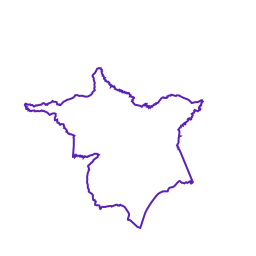 Cha-Uat, Nakhon Si Thammarat, Thailand (Equal Earth projection), rotated 50°
{"feature_id": "78962969B24594080556588", "entity_name": "Cha-Uat", "entity_type": "district", "adm_level": 2, "iso_a3": "THA", "parent_name": "Thailand", "parent_adm1": "Nakhon Si Thammarat", "projection": "equal_earth", "projection_center": [99.929, 7.982], "detail": "fine", "context": "isolated", "style": "outline", "palette": "violet", "viewbox_px": 256, "rotation_deg": 50, "n_neighbors": 0, "source": "geoboundaries", "source_scale": "gbopen_adm2", "svg_char_len": 5845}
<svg xmlns="http://www.w3.org/2000/svg" viewBox="0 0 256 256"><g transform="rotate(50 128 128)"><path d="M164.5,91.4L162.8,90.4L161.7,90.6L161.1,88.3L161.4,87.3L161.0,87.1L160.9,86.5L160.3,85.8L160.9,84.8L161.5,84.5L160.7,83.8L160.5,82.9L162.0,81.8L161.8,81.5L160.8,81.7L160.5,81.4L161.0,79.2L161.0,78.2L160.6,76.4L159.8,76.6L159.6,75.8L159.9,74.9L161.3,74.9L161.9,74.5L161.9,74.0L160.9,73.6L161.0,72.8L160.8,72.1L160.3,71.7L160.1,70.4L159.5,70.0L158.2,70.1L158.3,68.6L158.7,67.8L158.3,67.3L158.3,66.6L157.6,66.0L157.3,66.1L157.1,65.3L160.0,63.8L159.9,62.7L160.4,61.7L160.3,60.8L160.0,60.3L159.6,60.2L158.7,61.0L158.1,60.8L157.7,60.0L157.7,59.0L157.3,58.5L157.7,57.4L156.9,57.0L156.5,56.0L155.9,55.6L155.8,53.8L155.2,54.0L155.1,53.6L154.4,53.4L154.1,53.7L154.1,54.5L153.7,54.6L153.1,57.9L151.4,59.9L149.9,63.1L146.4,63.3L144.6,63.8L140.8,66.0L136.6,67.8L136.2,67.7L134.4,69.5L134.4,70.3L133.8,71.1L130.3,73.4L130.6,74.6L130.0,75.0L129.2,76.4L129.5,77.3L129.3,77.6L129.7,77.7L129.9,78.2L129.8,79.1L129.4,79.7L128.6,80.1L128.2,81.0L127.6,81.0L127.0,81.6L126.8,82.3L126.7,83.6L128.0,89.0L127.1,90.6L127.7,91.2L127.6,91.8L126.8,92.3L126.8,93.0L127.1,93.4L126.7,94.8L126.9,94.7L126.8,95.6L127.2,95.8L126.4,97.6L126.6,98.0L126.2,98.0L126.1,98.5L125.9,98.2L125.3,98.5L125.3,98.1L125.0,98.1L125.0,98.5L124.7,97.9L124.4,98.3L124.6,98.5L124.2,98.8L124.2,99.7L123.7,99.7L123.6,99.1L123.5,99.4L123.3,99.1L122.8,99.4L122.3,99.1L122.1,99.6L122.2,99.3L122.0,99.0L121.9,99.5L121.7,99.5L121.2,98.5L120.8,98.9L120.9,99.6L121.2,100.0L120.7,100.2L120.9,100.5L120.5,100.5L120.4,102.9L120.6,103.8L118.8,104.4L114.6,107.7L110.1,107.8L110.1,107.0L109.6,106.9L109.6,106.5L109.2,106.5L108.9,104.1L108.6,103.9L107.2,104.4L106.7,105.1L105.7,105.4L105.1,106.2L104.5,104.9L103.4,105.3L101.9,104.8L101.5,105.1L101.1,106.3L100.6,106.1L99.8,106.4L99.5,107.5L98.8,107.3L98.4,107.8L98.4,107.4L98.0,107.5L97.9,108.4L97.2,109.3L96.7,109.4L96.4,109.0L95.6,109.6L95.5,109.0L95.1,109.5L94.6,109.3L94.4,110.1L94.0,109.7L93.2,109.9L93.3,110.6L93.0,111.1L92.5,111.2L92.2,111.8L91.2,111.9L90.4,112.6L89.6,112.5L89.3,112.8L88.3,111.9L88.0,112.1L87.1,111.9L87.0,112.8L86.0,112.9L85.8,113.4L85.4,113.6L85.4,114.3L84.6,113.2L83.5,113.5L83.4,114.1L82.4,114.2L81.2,113.2L80.6,113.8L79.7,113.5L78.8,114.5L77.4,115.0L77.1,114.4L76.4,114.7L75.1,114.7L74.8,113.8L74.5,114.2L74.3,113.8L72.9,113.7L72.3,113.3L71.9,113.2L71.6,113.7L71.0,113.1L69.5,113.0L67.5,111.8L67.6,111.4L67.1,111.4L66.6,110.6L65.1,110.9L64.7,110.5L63.2,112.1L63.2,112.7L62.8,113.5L64.6,117.9L64.7,120.2L64.9,121.2L65.4,121.8L68.1,122.3L68.9,123.2L72.2,124.5L73.0,125.8L75.4,127.3L75.5,127.9L76.2,128.6L77.7,129.1L77.8,130.7L77.7,132.1L78.5,133.1L78.7,135.5L78.3,137.7L77.9,138.9L75.7,141.3L74.7,141.6L72.5,144.0L72.0,144.9L70.2,145.7L69.1,147.3L69.0,147.8L69.6,148.8L69.4,151.2L68.1,155.0L67.2,156.5L67.0,158.7L66.6,159.8L66.5,160.8L67.0,164.9L66.8,165.5L66.3,165.9L65.6,165.6L64.4,167.1L62.4,166.1L61.3,166.7L60.4,167.9L58.8,168.5L59.1,169.3L58.9,170.8L58.1,173.1L58.3,174.8L57.6,174.8L57.5,175.9L57.3,176.2L55.5,176.2L54.7,176.7L54.3,177.5L54.4,179.6L53.5,180.6L52.3,183.3L51.5,183.8L51.2,186.2L48.9,186.5L48.0,187.8L47.0,187.8L46.1,189.4L43.6,190.8L43.7,191.9L45.3,192.5L46.0,192.0L46.9,191.9L47.1,193.2L48.1,193.7L48.7,193.3L48.8,192.6L49.2,192.4L49.2,192.2L50.1,192.2L50.5,192.7L50.7,192.1L51.0,192.4L52.4,192.0L52.6,191.1L53.0,190.9L53.1,190.3L54.5,188.4L55.4,188.6L56.6,186.7L58.6,184.6L59.0,182.9L60.1,182.6L60.7,181.5L62.2,181.0L62.7,180.5L64.7,179.8L67.6,179.6L68.2,177.0L68.9,175.6L69.8,174.7L70.7,174.3L72.6,176.0L72.6,176.4L73.5,177.9L75.0,178.9L75.9,178.0L76.1,176.9L78.4,178.6L78.8,178.5L79.3,177.8L79.9,177.6L80.9,178.0L81.9,178.0L82.1,177.6L82.0,176.7L83.6,175.1L84.7,175.3L85.4,176.0L86.5,176.1L86.9,177.0L88.1,176.5L90.1,176.3L91.0,176.8L91.2,177.6L92.4,177.1L93.5,177.4L94.2,177.2L94.5,176.6L95.2,176.7L96.3,175.6L99.4,174.0L100.0,175.7L101.0,176.1L106.6,180.8L114.7,188.7L115.4,187.8L114.3,187.5L114.2,187.1L114.9,186.6L115.2,186.8L115.0,186.3L115.5,186.5L115.5,185.9L116.0,186.4L115.9,185.5L115.7,185.4L116.3,185.2L116.1,185.0L116.4,184.7L116.6,184.9L117.9,183.1L118.0,183.5L118.5,183.4L118.4,182.9L119.5,181.7L119.7,182.0L120.0,181.3L120.5,181.6L120.6,181.3L121.2,181.3L120.9,181.0L121.1,180.7L121.5,180.7L121.7,180.4L122.0,180.7L121.9,180.0L122.2,180.1L122.5,178.7L123.6,178.4L124.1,177.7L124.0,176.7L124.4,176.4L124.3,175.7L124.7,175.0L124.7,174.4L125.7,173.1L126.2,170.2L128.1,168.1L129.8,167.6L129.8,168.8L130.5,169.6L130.6,170.4L130.3,175.1L131.0,175.9L130.9,176.5L131.3,177.7L130.9,178.5L131.3,180.1L131.2,182.6L131.9,183.4L132.7,183.4L134.2,184.1L134.4,184.6L134.9,184.5L136.6,187.7L139.6,191.2L140.8,191.8L142.5,193.6L144.0,194.7L145.2,195.0L148.2,197.3L150.0,197.5L151.5,199.0L155.7,197.9L157.2,198.2L157.8,199.0L160.5,200.8L160.9,200.8L161.7,199.9L162.3,200.3L163.3,199.9L163.9,200.1L164.5,201.5L165.7,202.6L167.0,201.8L167.6,200.9L168.9,199.8L170.3,200.3L170.9,200.9L172.2,201.2L172.3,200.7L171.8,199.3L171.8,198.5L173.7,196.4L174.9,193.9L176.7,191.3L177.4,190.7L177.7,190.8L178.0,189.5L178.9,187.7L178.8,187.1L179.6,185.8L180.7,185.7L180.9,185.2L181.8,184.7L181.6,184.1L181.9,183.1L182.8,183.1L184.3,182.0L186.5,181.3L193.0,182.0L194.7,182.6L195.6,183.4L197.8,186.8L198.3,187.0L200.1,185.6L210.0,184.3L212.4,182.8L204.2,169.6L202.3,165.2L199.9,157.6L198.2,150.0L197.9,147.5L198.1,145.2L199.0,142.0L202.0,138.3L200.8,136.3L200.5,134.5L202.2,131.3L202.3,129.1L201.6,125.0L201.6,122.8L202.4,122.2L204.3,122.2L205.5,121.1L206.7,120.4L206.8,118.4L208.3,117.8L208.4,115.7L208.8,114.5L209.2,114.0L209.7,113.9L210.3,115.3L210.8,115.5L211.2,115.2L211.3,114.6L211.2,113.2L181.5,103.7L177.6,102.6L176.9,102.6L176.7,102.9L175.8,102.1L175.0,102.5L174.6,101.8L174.0,101.6L172.9,101.8L171.6,98.6L168.0,95.4L167.5,94.5L167.7,93.5L167.0,94.1L164.5,91.4Z" fill="none" stroke="#5b21b6" stroke-width="2"/></g></svg>